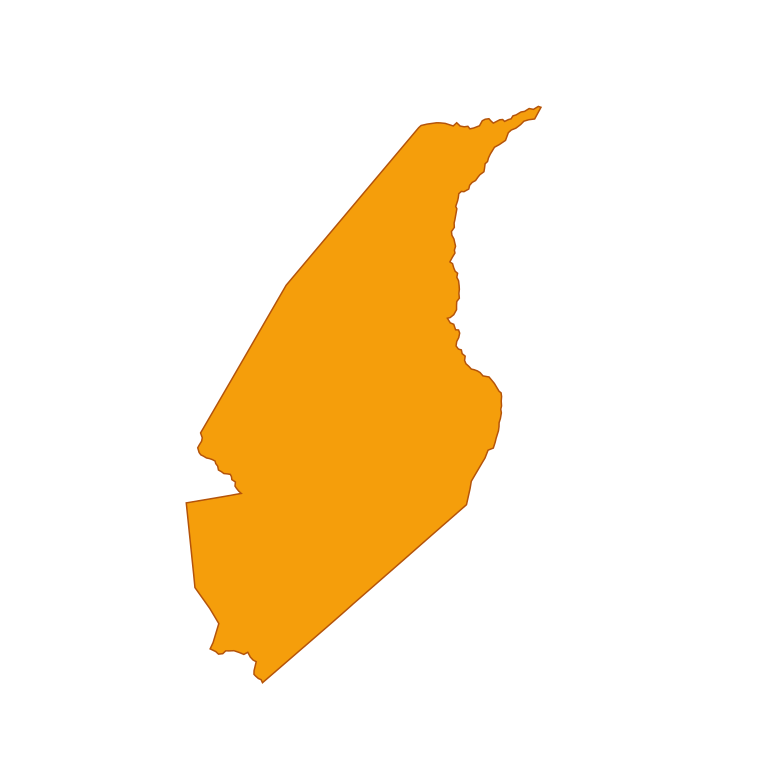 outline of Buíque, Pernambuco, Brazil, rotated 215°
{"feature_id": "56859067B27287722932240", "entity_name": "Buíque", "entity_type": "district", "adm_level": 2, "iso_a3": "BRA", "parent_name": "Brazil", "parent_adm1": "Pernambuco", "projection": "equal_earth", "projection_center": [-37.124, -8.688], "detail": "fine", "context": "isolated", "style": "filled", "palette": "amber", "viewbox_px": 768, "rotation_deg": 215, "n_neighbors": 0, "source": "geoboundaries", "source_scale": "gbopen_adm2", "svg_char_len": 2490}
<svg xmlns="http://www.w3.org/2000/svg" viewBox="0 0 768 768"><g transform="rotate(215 384 384)"><path d="M501.9,617.0L502.6,613.9L510.4,526.2L520.8,408.8L511.0,295.7L507.1,249.7L506.2,238.7L502.0,235.7L500.6,232.5L500.4,228.6L500.0,224.9L496.1,221.8L493.4,220.9L490.9,221.3L487.0,221.6L484.2,222.8L481.3,223.6L478.2,224.0L476.2,222.3L473.1,221.3L470.3,218.6L466.9,218.9L463.8,218.8L461.0,220.4L458.1,221.8L455.8,220.6L453.8,218.4L449.5,218.5L447.5,214.9L444.9,213.9L441.5,212.9L438.2,212.5L449.3,201.3L477.8,173.2L429.7,117.7L422.1,108.8L397.9,100.2L381.9,93.0L375.7,74.2L374.5,67.3L368.4,68.3L364.6,67.8L361.4,70.6L360.6,74.6L357.7,76.6L353.9,79.5L348.3,81.1L343.7,82.1L341.7,86.1L336.8,83.6L333.0,82.8L329.4,83.2L326.0,74.6L324.0,71.6L321.6,71.1L318.0,70.7L315.1,71.3L312.2,69.6L290.8,154.5L285.4,176.5L283.1,186.4L266.9,252.0L258.5,286.5L247.2,332.4L253.5,347.7L256.7,354.4L257.1,359.3L258.5,376.7L258.8,381.3L260.8,389.5L257.7,394.2L259.5,400.0L261.0,403.8L263.4,411.3L265.3,415.0L267.5,418.3L268.9,422.6L271.3,427.7L273.9,430.3L275.1,433.4L278.2,437.3L280.5,441.2L283.0,443.9L285.7,444.1L294.0,447.8L302.0,450.0L307.6,447.4L311.9,448.5L315.0,448.3L318.4,447.4L321.0,446.3L324.5,447.1L328.5,447.6L331.5,449.5L333.5,453.4L337.4,453.7L340.2,456.3L343.1,455.3L346.8,456.5L348.8,460.5L349.4,464.9L351.2,469.1L353.9,471.0L356.5,469.5L361.1,472.9L364.8,472.1L369.8,474.2L367.9,476.4L366.6,480.8L367.2,486.5L369.8,490.2L371.7,493.3L371.5,497.5L374.6,501.2L376.6,504.8L378.9,507.7L382.1,511.3L385.6,513.2L387.2,516.9L390.4,517.2L393.3,519.0L396.9,521.9L400.1,521.8L400.7,527.2L401.0,532.0L403.1,534.0L404.4,537.9L407.4,540.6L409.9,542.9L413.7,544.8L416.2,547.6L416.2,552.6L418.9,556.1L420.1,559.1L422.4,564.1L424.8,569.3L427.1,570.6L428.8,576.3L430.0,579.2L431.9,582.8L431.1,586.1L428.8,587.4L426.4,592.3L427.8,595.9L427.4,599.7L425.7,603.2L425.7,607.1L425.5,610.4L423.9,615.2L425.2,618.0L427.5,622.4L426.8,625.6L428.1,629.2L428.8,633.2L429.3,641.3L426.8,646.4L424.2,653.3L426.3,661.2L425.4,665.1L422.7,669.2L420.9,674.8L420.1,679.6L417.0,683.5L412.6,687.5L414.1,700.7L416.8,699.9L419.1,694.7L423.1,692.9L425.2,688.0L427.8,685.4L430.2,680.1L432.2,677.6L432.0,674.1L433.8,671.9L435.8,668.3L438.5,668.7L440.7,666.9L444.1,660.4L447.2,660.8L450.2,661.5L453.0,658.9L454.5,656.0L453.9,650.3L457.4,645.1L460.0,642.3L463.1,643.2L465.8,640.7L469.5,639.0L474.3,639.7L475.3,635.1L483.3,632.6L487.8,630.1L490.8,628.1L497.8,621.6L501.9,617.0Z" fill="#f59e0b" stroke="#b45309" stroke-width="1.5"/></g></svg>